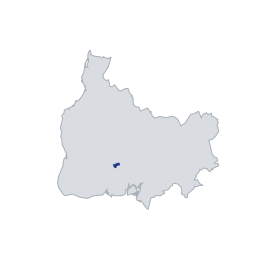 Araguaína, Tocantins, Brazil (highlighted), rotated 158°
{"feature_id": "56859067B12286384319229", "entity_name": "Araguaína", "entity_type": "district", "adm_level": 2, "iso_a3": "BRA", "parent_name": "Brazil", "parent_adm1": "Tocantins", "projection": "orthographic", "projection_center": [-48.582, -7.252], "detail": "fine", "context": "in_parent", "style": "filled", "palette": "blue", "viewbox_px": 256, "rotation_deg": 158, "n_neighbors": 0, "source": "geoboundaries", "source_scale": "gbopen_adm2", "svg_char_len": 4627}
<svg xmlns="http://www.w3.org/2000/svg" viewBox="0 0 256 256"><g transform="rotate(158 128 128)"><path d="M70.6,60.7L72.9,62.6L75.8,61.5L76.7,62.8L78.4,60.9L82.3,58.8L83.2,57.0L85.7,55.9L85.9,54.7L83.1,54.4L82.4,49.6L79.9,46.6L83.3,48.0L86.3,47.8L88.4,49.3L89.0,47.4L96.7,44.9L98.4,43.2L98.3,41.8L100.5,41.6L101.2,42.3L100.5,44.8L102.4,45.4L103.1,47.4L101.7,49.0L101.0,53.0L102.5,57.2L106.1,59.6L107.7,59.2L108.4,57.8L109.8,58.1L113.9,55.8L119.2,56.4L118.4,54.6L119.2,53.4L120.2,53.9L123.6,53.0L127.5,55.1L129.1,54.0L132.8,54.7L139.7,45.1L140.8,46.1L143.0,54.9L144.2,56.3L146.5,57.0L146.8,59.3L142.8,63.5L140.4,64.9L137.3,70.8L134.1,71.6L137.4,71.8L142.2,68.8L143.1,72.5L144.5,73.7L149.4,72.4L148.0,76.6L149.9,73.2L152.2,71.3L153.3,71.8L153.8,71.2L153.4,69.7L154.9,67.9L158.8,67.5L167.0,70.7L167.6,72.4L168.8,71.2L170.7,72.5L171.2,73.9L170.2,74.9L170.6,75.4L171.7,74.5L171.9,75.4L171.0,76.3L170.4,79.2L171.7,78.0L172.6,75.8L172.8,77.4L176.5,75.4L185.1,78.0L191.9,77.9L198.6,81.9L204.3,87.5L211.5,88.7L212.9,90.7L214.6,98.7L213.7,103.8L210.8,108.8L202.7,117.1L202.7,116.4L201.1,120.3L198.6,123.6L197.4,124.1L196.6,122.5L195.9,123.3L194.7,126.9L195.2,137.2L193.5,143.1L193.6,145.5L191.4,147.9L190.5,153.8L185.1,161.1L184.8,164.4L181.8,165.8L180.2,168.5L176.4,168.6L175.6,167.5L175.3,168.7L169.3,168.9L169.6,169.9L165.8,172.1L163.7,172.1L159.9,174.0L155.2,177.5L154.3,179.1L153.5,178.5L153.2,179.3L152.2,178.9L153.5,179.9L152.4,181.0L152.1,182.8L152.9,186.8L151.9,192.7L148.1,196.1L143.6,204.0L139.4,207.6L139.3,206.5L142.3,205.0L144.9,200.6L145.0,199.8L143.1,200.3L142.0,198.9L142.6,200.3L142.2,201.9L139.6,204.6L138.8,206.7L139.1,207.9L137.2,211.9L134.6,214.4L134.0,214.0L133.9,212.0L135.3,210.2L132.7,207.5L127.1,204.3L125.3,202.5L123.8,203.5L123.6,202.3L120.3,199.5L118.9,200.3L117.3,199.9L123.5,192.1L124.3,192.1L124.1,191.4L131.4,186.6L131.9,182.8L130.4,180.0L128.0,180.0L129.2,173.3L127.6,172.3L124.3,173.0L122.4,166.0L119.6,164.8L117.6,165.7L113.1,164.8L113.5,160.1L111.9,156.5L113.1,155.6L111.9,154.6L114.3,147.7L112.7,144.6L110.2,143.4L110.2,139.1L102.3,139.2L101.8,135.7L100.2,134.0L101.6,133.9L100.3,128.0L97.7,126.7L94.6,127.0L88.9,123.3L83.0,122.4L80.4,120.4L78.6,117.2L78.2,110.2L73.1,111.2L64.8,117.1L62.2,116.5L56.3,117.1L56.2,109.9L53.5,112.5L49.6,112.8L48.6,110.6L45.2,110.4L46.0,108.4L41.4,102.1L42.5,100.9L42.3,99.1L44.7,96.9L44.2,95.3L45.5,90.7L49.7,87.7L54.1,85.9L57.6,86.4L59.8,72.1L58.8,69.0L56.9,67.4L57.0,64.2L60.8,63.6L60.2,61.9L57.9,62.0L57.9,59.0L65.0,58.7L65.0,57.5L66.1,58.5L68.4,56.7L69.6,58.5L69.8,60.9L70.6,60.7ZM145.2,65.1L153.6,65.9L151.6,70.8L150.1,70.9L149.8,71.8L148.5,71.4L147.2,72.7L144.0,72.7L142.8,70.2L143.7,69.5L142.7,68.7L143.3,65.8L145.2,65.1ZM137.9,71.1L139.2,67.5L140.6,67.0L140.5,69.2L137.9,71.1ZM147.5,63.3L146.7,64.6L144.7,64.3L145.1,63.5L147.5,63.3ZM144.6,61.9L144.3,64.6L143.4,64.3L144.6,61.9ZM148.8,65.0L147.6,65.2L147.1,65.0L148.6,64.1L148.8,65.0ZM143.3,65.1L142.1,66.0L141.6,65.6L142.5,64.8L143.3,65.1ZM145.6,62.8L145.0,62.2L146.0,61.6L146.1,62.2L145.6,62.8ZM144.9,55.8L144.2,55.9L144.1,54.9L144.7,54.9L144.9,55.8ZM153.2,189.3L152.9,188.4L153.4,187.7L153.6,187.9L153.2,189.3ZM166.5,171.8L166.6,172.8L165.8,172.6L166.5,171.8ZM152.8,183.4L152.4,182.9L152.9,182.4L153.1,182.6L152.8,183.4ZM171.5,77.4L170.9,78.4L171.5,76.9L171.5,77.4ZM197.0,124.2L196.1,124.5L196.7,123.7L197.0,124.2ZM171.5,169.3L170.6,169.6L170.5,169.4L171.0,169.0L171.5,169.3ZM195.6,126.0L195.2,126.6L195.0,126.2L195.6,126.0ZM169.2,70.3L169.3,70.9L169.0,70.8L169.2,70.3Z" fill="#d9dde1" stroke="#a8b0b8" stroke-width="1"/><path d="M149.7,98.1L149.7,98.3L149.8,98.4L149.8,98.5L150.0,98.7L150.3,98.7L150.5,98.7L150.8,98.7L151.0,98.5L151.0,98.4L151.2,98.5L151.3,98.5L151.4,98.4L151.5,98.4L151.5,98.5L151.7,98.4L151.8,98.4L151.8,98.5L152.0,98.6L152.3,98.6L152.5,98.7L152.6,98.8L152.7,99.0L152.7,98.9L152.7,98.7L152.7,98.4L152.8,98.4L152.8,98.5L152.8,98.4L152.8,98.5L152.9,98.4L152.9,98.5L152.9,98.4L152.9,98.5L153.0,98.4L153.2,98.5L153.3,98.6L153.5,98.7L153.8,98.5L153.9,98.4L154.0,98.5L154.3,98.7L154.5,98.7L154.5,98.8L154.8,98.8L155.0,98.9L155.0,98.7L154.9,98.6L155.0,98.6L155.1,98.4L155.1,98.2L155.1,97.9L155.0,97.7L155.1,97.4L155.0,97.2L154.9,97.2L154.5,97.1L154.5,96.9L154.5,96.7L154.5,96.4L154.4,96.4L154.2,96.3L154.1,96.2L154.0,96.3L154.0,96.5L154.0,96.8L154.0,97.0L153.9,97.0L153.7,97.0L153.4,97.1L153.4,97.3L153.2,97.4L153.2,97.5L153.1,97.8L152.9,97.8L152.9,97.7L152.3,97.7L152.2,97.6L151.9,97.6L151.7,97.6L151.4,97.6L151.2,97.5L150.9,97.5L150.7,97.6L150.6,97.4L150.4,97.4L150.2,97.3L150.0,97.5L149.9,97.6L149.9,97.8L149.7,98.0L149.7,98.1Z" fill="#3b82f6" stroke="#1e3a8a" stroke-width="1.5"/></g></svg>